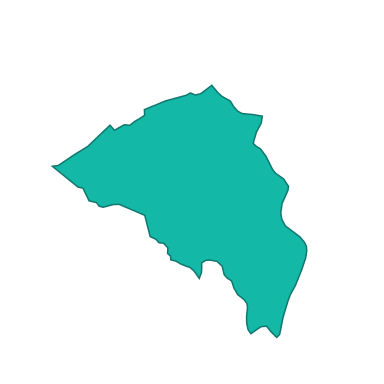 Carnaúba dos Dantas, Rio Grande do Norte, Brazil, rotated 24°
{"feature_id": "56859067B30276688890297", "entity_name": "Carnaúba dos Dantas", "entity_type": "district", "adm_level": 2, "iso_a3": "BRA", "parent_name": "Brazil", "parent_adm1": "Rio Grande do Norte", "projection": "natural_earth1", "projection_center": [-36.538, -6.554], "detail": "fine", "context": "isolated", "style": "filled", "palette": "teal", "viewbox_px": 384, "rotation_deg": 24, "n_neighbors": 0, "source": "geoboundaries", "source_scale": "gbopen_adm2", "svg_char_len": 1397}
<svg xmlns="http://www.w3.org/2000/svg" viewBox="0 0 384 384"><g transform="rotate(24 192 192)"><path d="M54.0,225.3L85.9,233.9L90.7,232.8L98.5,239.3L101.7,242.0L109.0,240.5L112.9,242.7L117.0,242.1L125.3,235.4L130.5,232.9L158.3,232.5L171.9,249.7L178.5,249.9L182.5,251.8L186.8,250.3L192.6,252.8L194.8,258.2L198.4,259.2L200.2,262.6L205.4,261.7L210.5,262.3L216.6,262.2L220.7,261.7L226.1,263.4L233.8,268.0L233.4,261.7L231.3,256.2L229.6,252.9L232.5,248.7L236.1,246.9L243.0,245.2L249.7,247.5L255.1,254.5L259.1,256.3L264.4,257.2L269.4,262.7L275.4,267.1L283.2,269.1L287.3,271.4L289.4,274.3L292.8,284.3L295.5,289.9L299.3,295.0L303.4,297.5L309.8,287.0L314.7,284.3L321.1,287.6L328.6,290.4L330.0,286.4L326.1,269.1L324.0,252.5L323.6,246.1L324.0,240.7L324.5,235.4L323.8,217.9L322.7,206.2L320.8,199.2L318.5,195.0L314.9,192.0L308.8,189.1L299.7,187.0L291.0,185.0L285.0,180.2L281.6,174.9L279.0,165.9L279.0,151.5L277.9,147.6L270.3,142.8L261.3,141.0L256.9,139.0L244.8,129.1L237.1,124.8L231.6,124.0L228.1,122.7L226.5,111.2L227.2,100.8L225.4,94.1L215.8,96.6L209.6,98.7L205.4,100.0L200.6,99.5L195.3,97.0L190.0,93.3L180.6,92.5L174.5,90.4L166.7,86.5L159.9,98.8L155.4,102.1L150.3,102.1L147.5,105.9L130.9,119.4L115.0,136.1L117.5,141.2L113.8,147.0L110.9,150.9L108.0,156.4L102.8,158.1L96.0,167.1L89.9,164.4L86.5,172.6L78.1,193.0L70.0,204.7L59.0,222.2L54.0,225.3Z" fill="#14b8a6" stroke="#0f766e" stroke-width="1.5"/></g></svg>